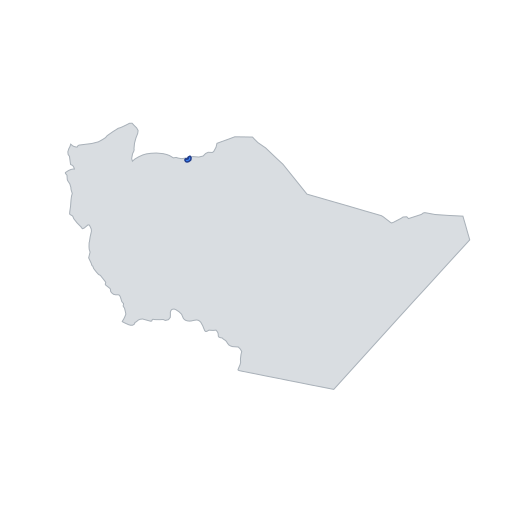 N'Djaména, Ville de N'Djamena, Chad shown in context, rotated 102°
{"feature_id": "50815135B39277656442366", "entity_name": "N'Djaména", "entity_type": "district", "adm_level": 2, "iso_a3": "TCD", "parent_name": "Chad", "parent_adm1": "Ville de N'Djamena", "projection": "natural_earth1", "projection_center": [15.012, 12.105], "detail": "fine", "context": "in_parent", "style": "filled", "palette": "blue", "viewbox_px": 512, "rotation_deg": 102, "n_neighbors": 0, "source": "geoboundaries", "source_scale": "gbopen_adm2", "svg_char_len": 4465}
<svg xmlns="http://www.w3.org/2000/svg" viewBox="0 0 512 512"><g transform="rotate(102 256 256)"><path d="M370.3,152.2L370.5,163.7L370.7,175.2L370.8,186.7L371.0,198.3L371.1,209.8L371.3,221.3L371.4,232.7L371.6,244.2L371.6,248.1L371.4,249.6L371.2,249.8L370.8,250.0L365.6,249.0L363.3,248.9L360.1,249.8L355.4,250.2L352.4,250.1L350.3,252.0L348.7,254.4L349.5,260.1L349.3,262.0L348.7,264.0L347.3,265.7L345.9,267.0L345.0,268.2L344.0,270.8L343.2,272.0L343.3,273.6L343.1,275.3L342.2,276.2L340.0,276.8L338.6,277.6L337.5,278.8L336.8,279.7L337.2,280.9L337.7,282.5L338.1,285.1L338.3,286.6L339.4,287.8L340.1,288.7L340.3,289.7L339.7,290.6L337.0,292.5L335.9,293.2L334.7,294.1L334.3,294.5L332.3,296.2L331.3,297.8L330.9,299.1L330.9,300.8L331.9,303.5L333.0,305.8L333.5,307.5L333.7,309.4L333.6,311.2L333.1,312.7L332.1,314.1L328.4,316.7L326.6,319.6L325.2,323.1L324.9,325.0L325.3,326.3L326.0,327.4L327.2,327.9L328.8,328.1L331.4,327.5L333.9,327.1L336.5,328.4L337.9,331.3L337.4,333.5L338.4,337.4L339.3,342.1L339.3,343.6L339.7,344.2L341.3,344.5L341.7,345.6L341.2,353.9L342.0,356.2L343.1,357.8L344.3,358.7L345.6,359.8L346.2,360.6L347.7,360.7L349.3,362.2L349.8,364.2L349.7,366.2L348.8,370.4L348.0,373.2L347.1,373.0L345.2,372.3L342.8,371.7L339.9,371.2L337.2,372.4L334.3,373.8L333.3,374.9L332.5,375.6L331.2,375.5L330.0,375.7L329.4,376.7L328.3,377.9L324.0,380.3L323.1,381.2L322.6,382.0L322.6,383.0L323.1,385.0L323.1,387.4L322.1,389.4L321.0,390.7L319.8,391.2L318.7,391.5L318.0,392.3L315.8,396.8L314.9,397.6L312.9,397.5L307.3,404.2L306.8,406.2L304.7,409.0L302.1,412.1L299.8,413.6L299.6,414.2L299.0,414.8L297.6,415.5L292.6,419.3L286.7,419.1L284.0,420.6L281.5,421.3L277.7,422.0L276.6,421.9L271.8,422.2L266.2,422.1L264.0,422.7L262.0,424.1L260.5,425.4L260.3,425.8L260.5,426.3L260.5,426.8L264.4,429.9L265.4,431.4L264.4,432.9L263.9,433.1L263.2,434.3L260.9,437.8L257.4,442.0L255.6,443.2L254.9,443.9L254.0,446.7L253.4,447.1L251.0,447.4L246.2,447.7L239.6,448.6L235.6,448.9L233.1,448.7L229.7,450.6L228.4,451.1L227.7,451.2L224.2,453.1L221.4,455.9L220.4,456.5L216.3,457.7L214.8,459.6L214.0,459.8L211.4,457.2L209.7,454.8L208.8,452.5L208.7,451.7L208.2,451.9L206.8,452.9L205.6,454.1L205.0,456.4L200.9,457.9L197.3,459.2L195.7,460.9L193.2,461.7L190.0,461.4L187.5,460.7L185.1,460.5L186.3,458.4L186.7,456.9L186.8,455.0L186.7,453.7L185.2,453.1L184.3,452.1L182.2,446.1L180.1,440.0L177.1,433.9L173.8,430.1L171.4,427.7L170.7,427.4L169.4,426.7L168.6,426.0L164.2,421.9L159.7,417.3L158.6,415.2L156.3,412.1L153.8,408.9L152.5,407.4L151.9,404.8L153.6,402.4L155.5,399.4L157.8,397.4L160.7,397.2L165.6,398.0L170.9,398.3L176.1,397.7L177.4,397.3L178.8,397.3L181.6,398.0L186.5,397.9L189.0,396.6L186.3,394.6L183.3,391.3L180.6,387.6L178.9,384.4L177.4,380.2L176.0,374.9L175.2,368.2L175.3,364.4L175.7,361.6L177.2,357.2L176.2,354.6L176.4,352.5L176.3,349.4L175.8,347.8L173.9,342.6L173.5,342.0L171.9,338.5L171.1,332.5L169.2,328.5L166.2,326.6L164.5,324.3L163.8,320.2L162.6,319.1L157.9,317.7L153.9,317.6L151.0,313.0L147.3,307.0L143.8,301.5L141.6,290.4L140.4,284.1L141.8,282.2L144.7,277.7L148.3,269.0L156.5,255.7L160.6,248.8L168.9,238.6L179.1,226.1L184.9,219.0L185.8,206.1L186.8,192.5L187.5,182.1L188.4,169.9L189.2,159.7L189.7,152.3L190.5,141.7L191.2,139.7L195.2,131.4L195.5,130.3L194.7,128.9L189.0,121.9L187.3,120.3L186.3,116.7L187.7,114.6L180.9,102.8L179.2,101.4L178.5,99.9L178.4,97.8L178.2,89.6L176.4,76.8L174.0,61.9L182.0,57.6L188.1,54.4L195.8,50.3L203.0,54.5L213.3,60.6L223.7,66.7L234.1,72.8L244.6,78.9L255.0,85.0L265.4,91.2L275.9,97.3L286.3,103.4L296.8,109.5L307.3,115.6L317.8,121.7L328.3,127.8L338.8,133.9L349.3,140.0L359.8,146.1L370.3,152.2Z" fill="#d9dde1" stroke="#a8b0b8" stroke-width="1"/><path d="M175.4,339.8L174.8,339.8L174.6,339.8L173.3,340.0L172.6,340.5L172.4,340.8L172.2,341.0L172.1,341.3L172.2,341.5L172.3,341.5L172.5,341.8L172.8,342.1L173.0,342.5L173.3,342.6L173.4,342.8L173.5,342.8L173.8,343.0L174.0,343.0L174.3,342.9L174.3,342.7L174.5,342.5L174.9,342.6L175.1,342.7L175.3,342.9L175.3,343.0L175.3,343.3L175.3,343.5L175.6,343.7L175.6,343.8L175.7,344.0L175.8,344.2L175.8,344.3L175.8,344.5L175.7,344.6L175.4,344.7L175.4,344.8L175.5,344.9L175.6,345.0L175.8,345.3L176.1,345.3L176.3,345.4L176.4,345.5L176.6,345.5L177.1,345.4L177.4,345.2L177.5,345.1L177.8,344.8L178.0,344.5L178.1,344.4L178.3,344.1L178.4,343.5L178.4,343.4L178.3,342.8L178.1,342.3L177.9,342.0L177.8,341.8L177.5,341.3L177.2,341.1L177.0,340.9L176.7,340.6L176.3,340.3L175.8,339.9L175.6,339.9L175.4,339.8Z" fill="#3b82f6" stroke="#1e3a8a" stroke-width="1.5"/></g></svg>